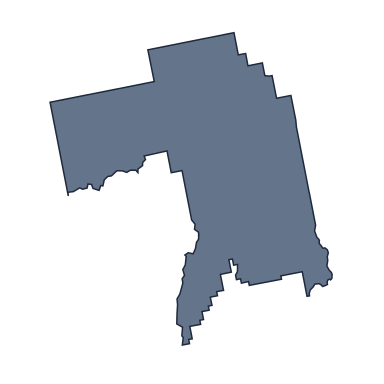 the district of Missoula, Montana, United States of America, rotated 259°
{"feature_id": "52423323B78038885777810", "entity_name": "Missoula", "entity_type": "district", "adm_level": 2, "iso_a3": "USA", "parent_name": "United States of America", "parent_adm1": "Montana", "projection": "natural_earth1", "projection_center": [-114.278, 47.116], "detail": "fine", "context": "isolated", "style": "filled", "palette": "slate", "viewbox_px": 384, "rotation_deg": 259, "n_neighbors": 0, "source": "geoboundaries", "source_scale": "gbopen_adm2", "svg_char_len": 1929}
<svg xmlns="http://www.w3.org/2000/svg" viewBox="0 0 384 384"><g transform="rotate(259 192 192)"><path d="M43.6,153.3L43.6,160.6L47.9,160.6L47.8,164.2L60.5,164.2L60.4,175.2L64.6,175.2L64.6,179.0L72.7,179.0L72.7,186.3L76.9,186.3L76.9,190.0L85.3,189.9L85.3,197.2L89.5,197.2L89.4,204.2L105.7,204.1L105.8,215.3L118.5,215.3L118.5,218.9L112.2,218.9L112.2,222.9L105.2,221.4L102.0,218.9L97.5,218.9L97.5,223.1L93.1,223.1L93.3,230.4L89.4,230.4L89.3,263.2L92.7,263.2L92.7,285.0L67.7,285.0L67.6,287.5L70.3,287.8L73.3,289.4L75.8,293.0L78.1,294.9L77.8,299.3L76.1,301.1L74.3,302.2L74.8,305.4L75.4,307.3L78.1,307.6L79.6,308.4L80.2,310.3L79.3,311.2L80.4,312.8L83.6,313.6L84.3,313.8L86.4,313.5L89.2,311.7L93.7,310.3L98.9,312.2L102.6,312.4L106.3,314.2L109.5,313.8L111.8,311.8L111.7,309.9L117.5,307.0L120.2,307.8L121.7,307.3L123.4,306.0L130.4,304.9L135.9,307.0L167.9,307.0L170.5,306.9L236.1,306.9L242.9,307.6L267.9,307.5L267.9,292.9L291.0,292.8L291.0,289.9L292.3,285.7L305.3,285.7L305.2,271.0L317.7,271.1L317.8,263.6L340.4,263.6L340.0,175.8L307.6,176.0L307.2,69.8L274.0,69.8L211.7,69.8L215.4,70.2L215.0,75.6L217.5,82.6L215.6,85.1L215.9,89.8L219.7,91.4L218.6,94.8L214.4,95.5L211.3,101.1L215.7,103.6L215.0,105.7L220.7,108.2L223.3,112.2L223.2,116.0L227.2,122.3L226.0,127.8L223.7,131.6L225.1,135.7L224.1,141.0L221.4,142.6L224.9,143.4L227.3,148.5L230.4,149.2L232.7,152.5L236.5,151.9L236.5,153.4L237.1,175.3L214.9,175.3L214.9,186.3L164.6,186.3L159.7,188.9L154.9,187.3L151.3,190.7L150.6,190.6L150.2,190.6L149.9,190.5L149.3,190.6L148.9,190.4L148.3,190.3L148.1,190.1L147.9,190.2L147.5,190.2L147.0,190.1L145.8,189.7L145.4,189.7L144.8,189.4L144.5,189.3L144.3,189.4L141.7,186.8L135.6,184.5L131.1,181.3L133.1,176.7L131.5,173.0L129.9,174.0L121.7,171.5L117.6,168.2L111.6,168.7L108.7,165.8L104.3,165.6L94.1,160.6L89.9,156.9L84.0,156.3L75.5,154.1L65.4,151.9L61.1,156.9L52.7,154.6L50.8,155.6L43.6,153.3Z" fill="#64748b" stroke="#1e293b" stroke-width="1.5"/></g></svg>